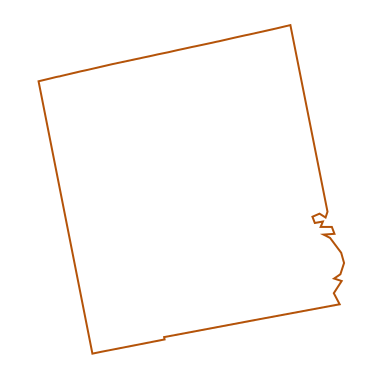 Vernon, Missouri, United States of America, rotated 77°
{"feature_id": "52423323B19067451424478", "entity_name": "Vernon", "entity_type": "district", "adm_level": 2, "iso_a3": "USA", "parent_name": "United States of America", "parent_adm1": "Missouri", "projection": "natural_earth1", "projection_center": [-94.432, 37.85], "detail": "fine", "context": "isolated", "style": "outline", "palette": "amber", "viewbox_px": 384, "rotation_deg": 77, "n_neighbors": 0, "source": "geoboundaries", "source_scale": "gbopen_adm2", "svg_char_len": 772}
<svg xmlns="http://www.w3.org/2000/svg" viewBox="0 0 384 384"><g transform="rotate(77 192 192)"><path d="M51.6,73.2L51.4,101.5L51.3,104.4L51.2,115.1L51.2,127.5L51.2,128.4L51.2,132.0L51.1,134.3L51.1,136.9L51.1,138.5L50.9,150.0L50.8,156.1L50.7,159.0L50.6,168.5L50.5,173.9L50.5,177.6L50.5,183.6L50.3,190.9L50.2,194.9L50.2,199.8L50.0,211.3L49.5,240.8L49.5,268.3L49.4,273.1L49.5,293.4L49.6,295.0L49.5,295.6L49.4,298.4L49.5,304.2L49.6,316.6L327.1,325.4L327.3,316.2L329.5,251.9L327.1,251.8L330.9,159.5L334.6,73.4L322.5,76.6L312.4,66.2L308.3,73.0L305.5,65.9L295.4,59.8L284.8,60.3L267.8,67.8L263.1,73.4L264.8,62.6L257.5,63.6L255.0,74.5L250.2,71.1L249.8,79.3L243.2,80.2L241.8,72.6L246.9,67.6L241.7,64.4L51.5,58.6L51.6,73.2Z" fill="none" stroke="#b45309" stroke-width="2"/></g></svg>